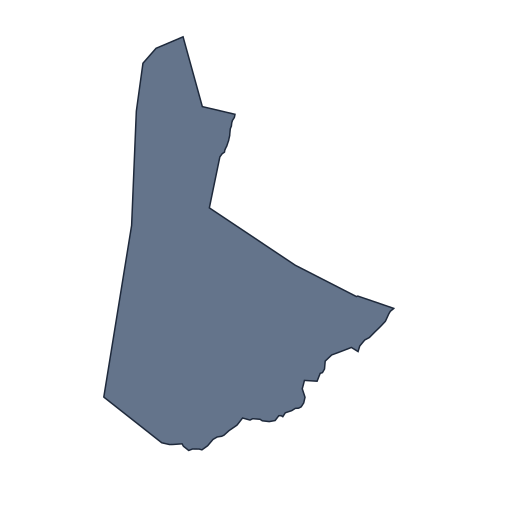 the district of Choppin, Anse-la-Raye, Saint Lucia, rotated 190°
{"feature_id": "8701671B98444413378484", "entity_name": "Choppin", "entity_type": "district", "adm_level": 2, "iso_a3": "LCA", "parent_name": "Saint Lucia", "parent_adm1": "Anse-la-Raye", "projection": "mercator", "projection_center": [-60.989, 13.954], "detail": "fine", "context": "isolated", "style": "filled", "palette": "slate", "viewbox_px": 512, "rotation_deg": 190, "n_neighbors": 0, "source": "geoboundaries", "source_scale": "gbopen_adm2", "svg_char_len": 1356}
<svg xmlns="http://www.w3.org/2000/svg" viewBox="0 0 512 512"><g transform="rotate(190 256 256)"><path d="M400.8,426.2L399.0,377.9L383.8,264.5L381.4,90.7L381.2,90.6L380.6,90.2L316.4,55.7L308.4,55.3L304.9,56.0L296.2,58.2L294.4,56.0L292.3,54.9L288.5,52.8L285.0,54.9L278.4,56.0L275.6,55.7L270.7,60.7L266.5,67.9L262.7,71.1L258.5,72.5L256.4,74.0L252.2,79.4L245.3,86.2L241.1,94.1L233.4,93.4L231.0,95.2L223.6,95.9L221.2,94.8L214.2,95.2L208.6,97.3L205.8,102.7L203.4,103.1L201.7,102.4L199.9,106.7L194.0,109.9L190.8,112.8L187.7,113.5L187.4,113.7L185.3,115.3L183.5,119.6L183.2,125.4L187.4,133.3L187.0,137.6L186.7,141.9L174.1,143.3L172.4,151.6L170.3,152.7L168.9,156.6L169.6,164.5L164.3,171.7L155.6,176.8L146.2,182.5L138.9,179.6L138.2,185.4L134.3,192.2L130.2,195.4L126.0,201.5L121.8,207.3L120.9,208.6L120.1,209.8L117.3,214.1L116.9,215.4L115.2,222.0L114.1,224.9L111.3,228.1L111.2,228.3L121.8,230.0L148.8,234.2L149.7,233.7L150.1,233.5L215.7,253.7L235.5,262.4L310.3,295.3L309.9,310.0L308.8,347.3L307.1,350.8L305.1,352.8L305.1,354.9L304.4,357.7L304.0,358.8L303.9,359.2L303.3,363.3L303.0,365.0L303.0,366.4L302.8,370.1L303.0,371.5L303.4,376.8L302.9,379.3L302.8,379.5L303.0,382.7L303.0,383.5L302.9,383.9L302.7,385.5L301.4,388.6L301.3,390.3L301.3,391.5L301.3,391.9L334.8,393.8L365.9,459.2L390.5,443.2L400.8,426.2Z" fill="#64748b" stroke="#1e293b" stroke-width="1.5"/></g></svg>